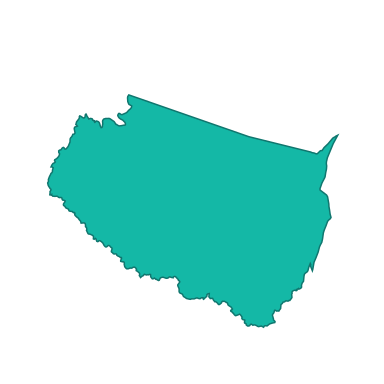 outline of Itupiranga, Pará, Brazil, rotated 21°
{"feature_id": "56859067B73095906204951", "entity_name": "Itupiranga", "entity_type": "district", "adm_level": 2, "iso_a3": "BRA", "parent_name": "Brazil", "parent_adm1": "Pará", "projection": "natural_earth1", "projection_center": [-49.924, -5.078], "detail": "fine", "context": "isolated", "style": "filled", "palette": "teal", "viewbox_px": 384, "rotation_deg": 21, "n_neighbors": 0, "source": "geoboundaries", "source_scale": "gbopen_adm2", "svg_char_len": 6009}
<svg xmlns="http://www.w3.org/2000/svg" viewBox="0 0 384 384"><g transform="rotate(21 192 192)"><path d="M332.6,222.4L332.5,221.0L331.1,213.9L331.3,208.8L331.3,203.0L330.7,197.6L330.8,195.4L331.2,192.5L330.7,189.1L329.3,183.1L329.1,180.1L329.2,175.4L329.1,170.9L329.6,169.3L330.7,167.4L330.9,165.9L328.9,163.2L326.8,159.4L325.0,156.4L324.0,154.1L320.3,147.9L318.7,146.6L310.9,144.3L310.3,143.1L310.1,137.0L310.8,130.8L310.7,129.7L309.9,126.1L309.3,122.4L308.4,119.4L307.3,117.5L306.7,115.7L306.1,111.5L306.5,96.3L307.7,86.8L306.2,88.4L305.8,89.2L304.4,90.8L304.0,91.6L301.8,98.1L299.4,103.2L298.6,106.7L297.6,107.1L297.0,107.6L295.3,111.3L294.3,111.9L292.3,111.8L289.6,112.3L288.8,112.1L225.3,120.0L98.2,124.0L97.8,125.9L98.1,127.3L99.8,130.9L100.5,131.4L101.0,132.2L101.8,132.8L104.8,133.2L105.1,134.2L105.1,135.0L104.8,136.2L103.6,138.4L102.7,140.9L101.9,142.0L99.0,144.8L98.0,145.1L96.3,144.6L95.4,145.0L95.2,146.1L95.2,147.0L95.9,147.9L97.3,148.9L99.2,149.5L101.5,149.7L104.4,151.0L105.5,152.3L105.7,153.2L105.1,153.8L104.4,154.0L102.3,155.4L100.3,156.4L98.5,156.3L97.4,155.9L96.7,156.1L94.6,154.5L93.8,154.1L89.2,153.0L88.3,153.0L84.9,154.4L83.4,155.6L83.0,157.2L83.2,158.2L84.4,160.6L84.4,161.5L84.9,163.1L84.8,164.0L84.1,164.5L82.8,163.3L81.1,161.0L80.3,160.3L79.3,159.9L77.5,159.9L76.9,160.4L76.7,161.2L76.3,161.8L75.5,161.3L75.3,160.4L73.5,160.5L73.1,159.8L72.4,159.4L70.8,159.7L69.5,160.8L66.2,158.3L65.7,157.6L65.1,157.2L64.7,158.2L65.2,160.0L65.1,160.8L64.6,161.7L63.9,161.8L60.7,161.1L59.9,161.2L59.8,162.0L60.2,163.0L60.3,163.8L59.1,167.9L59.4,170.7L60.4,170.9L61.4,171.6L59.3,173.4L59.2,174.4L59.4,175.2L61.5,178.5L61.6,179.4L61.1,180.3L60.1,180.8L60.0,183.2L59.3,184.9L59.2,186.1L60.2,189.1L60.1,193.7L59.2,196.5L58.6,197.3L57.7,197.4L57.1,196.8L56.1,196.4L55.4,196.9L55.0,197.6L54.5,199.6L53.3,200.4L52.8,201.4L53.5,202.9L54.7,203.8L54.9,205.7L54.5,207.4L53.7,209.3L52.3,211.1L52.4,212.0L53.6,212.9L53.3,213.8L52.0,215.2L51.5,217.1L51.4,219.1L52.2,218.8L53.7,219.1L53.9,221.7L54.3,222.5L54.4,223.5L54.2,224.4L53.7,225.1L53.6,227.1L53.4,228.4L53.4,231.7L54.2,233.5L54.0,235.3L55.5,237.5L58.4,239.7L59.3,240.0L59.6,240.8L59.3,242.5L60.0,244.1L60.0,245.0L60.5,245.7L61.2,245.3L61.8,244.6L62.0,245.4L62.8,245.4L63.4,245.8L65.6,245.2L67.2,244.4L67.9,244.3L69.6,244.8L70.5,244.7L71.7,244.0L72.6,244.2L73.6,245.6L74.4,245.9L75.2,245.6L76.8,245.8L76.9,246.6L76.3,249.0L76.5,250.0L77.0,250.6L78.4,250.9L79.8,252.0L82.8,252.3L83.9,253.6L84.8,253.7L87.5,253.1L88.2,253.7L88.9,253.8L89.5,253.3L90.3,253.7L90.4,254.5L90.7,255.2L91.3,255.8L93.7,256.8L95.3,257.2L96.5,258.2L98.0,258.9L98.7,259.5L99.6,260.8L101.9,259.7L102.7,259.5L103.5,259.7L104.6,261.2L104.7,262.0L105.2,262.7L106.1,262.9L106.7,263.7L107.2,264.6L107.2,265.6L109.6,267.9L110.3,268.3L112.1,267.9L114.7,268.1L115.7,268.6L116.2,269.3L116.7,271.1L117.6,271.2L118.5,269.9L119.1,270.2L120.7,272.1L121.6,272.2L122.2,271.8L122.6,270.8L123.5,270.5L125.2,270.8L127.2,271.7L129.1,273.4L130.5,274.1L131.4,274.2L132.1,273.6L132.9,272.0L133.8,271.7L134.5,271.8L136.1,272.7L137.0,272.8L137.5,273.3L137.8,274.1L137.9,276.2L138.4,276.9L139.2,277.0L140.7,277.8L141.5,277.8L143.1,277.0L144.0,277.2L144.5,278.0L145.6,278.3L146.5,278.4L147.2,278.3L148.9,278.9L149.6,278.5L150.0,279.2L150.1,280.2L149.9,281.3L150.3,282.3L152.2,282.1L153.1,281.7L153.9,282.0L154.4,282.8L154.5,283.6L156.0,285.9L158.0,287.0L158.7,287.1L160.2,286.4L161.0,285.6L161.9,285.0L162.8,284.8L163.5,284.2L164.0,283.3L165.5,282.7L167.2,283.4L167.9,284.0L167.8,284.9L168.3,285.5L169.2,285.5L171.9,286.5L172.6,287.4L172.8,289.0L173.5,289.3L174.6,290.3L175.5,288.6L176.6,287.4L176.7,286.6L177.0,285.9L179.2,285.8L179.9,285.2L180.8,285.1L182.1,284.0L182.9,283.9L183.6,285.5L184.0,286.1L186.0,287.3L186.7,287.1L187.8,285.8L189.5,286.5L190.2,286.2L191.1,286.5L192.6,286.6L193.1,286.0L193.1,284.2L193.4,283.4L194.7,282.3L195.5,281.9L198.8,281.8L199.5,281.5L200.3,281.0L201.0,280.1L201.2,279.4L201.9,279.1L203.4,279.2L204.1,278.9L205.1,278.9L205.1,278.0L205.5,277.4L206.2,277.0L207.1,277.0L210.6,278.7L211.1,279.5L211.9,279.5L212.6,279.9L212.8,280.7L212.0,283.7L212.3,284.6L214.6,286.9L215.7,289.7L216.4,290.4L217.2,290.7L219.1,290.7L220.2,291.3L221.5,292.6L223.3,292.9L225.0,293.4L227.9,293.0L229.1,292.7L229.9,291.9L232.3,291.0L234.2,289.3L235.0,289.0L236.0,289.1L237.7,288.8L238.8,287.3L239.6,286.9L240.3,286.8L240.6,287.7L241.3,288.0L242.5,285.3L243.2,284.4L243.1,283.3L242.7,282.4L243.2,281.5L244.5,280.6L245.2,283.5L245.7,284.1L246.6,284.4L247.1,284.9L247.8,284.8L248.5,284.2L249.4,283.9L250.6,285.1L252.6,286.3L253.2,285.9L254.6,286.2L256.2,286.9L256.7,287.4L257.5,287.5L258.1,287.0L259.1,285.3L259.3,284.5L259.2,283.7L259.7,283.0L260.4,282.9L261.1,282.5L262.8,282.5L263.4,282.9L264.3,282.8L264.9,283.0L266.1,284.5L266.8,284.8L269.7,285.4L271.7,286.8L271.5,287.6L270.9,288.0L270.6,288.8L271.1,289.5L271.9,289.4L273.3,290.3L274.0,290.3L275.3,291.3L276.8,291.9L277.4,291.6L279.5,289.8L280.1,289.0L281.1,289.2L283.4,290.7L284.0,292.4L285.6,293.0L286.5,292.6L287.3,292.7L287.6,294.7L288.1,295.5L288.8,295.4L289.9,295.8L290.2,296.6L291.9,297.2L292.7,296.9L293.7,296.2L293.9,295.2L294.3,294.4L294.9,294.1L296.6,294.6L297.5,293.8L299.1,293.5L301.8,293.9L302.5,293.8L304.7,292.3L307.3,292.6L307.4,291.5L308.0,290.7L310.1,290.1L311.7,287.4L314.2,285.4L316.1,284.2L315.9,283.1L314.0,282.3L313.6,281.4L311.3,278.3L311.1,277.3L311.5,276.4L311.7,275.3L311.5,272.8L312.3,272.5L313.5,272.9L314.2,272.5L315.8,272.0L315.9,271.0L316.5,269.1L315.4,265.2L316.3,263.6L316.4,262.3L317.9,261.3L318.2,260.5L318.8,259.8L319.7,259.8L320.5,259.5L321.1,259.2L321.5,258.4L322.2,258.2L323.0,255.5L323.1,254.6L321.7,251.8L321.8,250.7L321.2,249.6L321.3,248.7L322.6,247.2L323.5,246.7L324.5,246.9L325.2,246.3L324.6,245.5L325.4,244.9L325.9,243.9L326.6,244.4L327.8,243.2L328.3,242.3L328.4,241.4L327.8,240.4L327.5,238.5L327.5,237.5L328.1,235.4L326.7,230.4L326.4,228.6L326.8,227.3L328.2,225.1L328.4,223.9L328.0,220.5L328.0,216.3L328.8,217.1L329.2,218.7L332.6,222.4Z" fill="#14b8a6" stroke="#0f766e" stroke-width="1.5"/></g></svg>